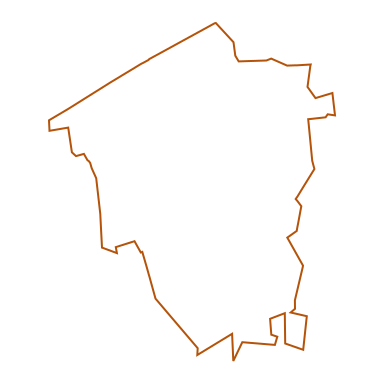 the district of Baviácora, Sonora, Mexico
{"feature_id": "50627088B77359146514236", "entity_name": "Baviácora", "entity_type": "district", "adm_level": 2, "iso_a3": "MEX", "parent_name": "Mexico", "parent_adm1": "Sonora", "projection": "natural_earth1", "projection_center": [-110.101, 29.614], "detail": "fine", "context": "isolated", "style": "outline", "palette": "amber", "viewbox_px": 384, "rotation_deg": 0, "n_neighbors": 0, "source": "geoboundaries", "source_scale": "gbopen_adm2", "svg_char_len": 1159}
<svg xmlns="http://www.w3.org/2000/svg" viewBox="0 0 384 384"><path d="M287.1,65.6L271.2,58.6L266.4,60.5L238.7,61.4L235.3,55.7L233.5,42.2L215.8,23.0L214.6,23.3L153.8,56.6L149.4,59.0L149.2,59.1L148.6,59.9L143.1,62.9L141.4,63.7L110.8,82.2L68.4,108.8L49.0,120.3L49.5,130.8L68.2,127.6L71.9,152.3L76.0,156.1L83.9,153.9L87.4,160.1L89.0,161.3L90.2,163.0L91.7,168.2L96.2,178.2L98.9,201.8L100.3,214.2L100.9,226.5L102.0,247.6L116.9,253.1L115.8,247.1L134.5,241.2L140.8,252.5L142.3,251.9L147.0,268.1L149.0,275.3L149.1,275.5L155.5,298.6L155.8,299.0L156.5,299.8L197.7,348.2L197.3,355.0L232.1,333.8L233.3,361.0L242.3,342.2L274.9,344.9L277.3,336.7L271.3,334.7L270.1,318.8L284.8,313.2L285.2,343.5L303.2,349.8L306.4,319.9L306.8,316.2L290.7,312.5L295.0,308.8L294.9,300.3L302.8,266.9L302.9,266.1L303.0,265.6L287.3,237.6L295.5,231.8L296.7,231.0L297.4,227.0L298.1,223.5L301.3,206.2L297.4,201.0L295.7,199.0L297.4,196.6L303.4,186.8L314.4,169.0L312.8,163.0L312.2,160.6L310.4,141.8L308.2,119.2L312.2,118.8L325.6,117.3L327.7,114.3L335.0,115.4L332.4,93.0L315.5,98.1L307.5,86.9L310.3,66.1L310.7,64.5L297.4,65.3L295.9,65.3L287.1,65.6Z" fill="none" stroke="#b45309" stroke-width="2"/></svg>